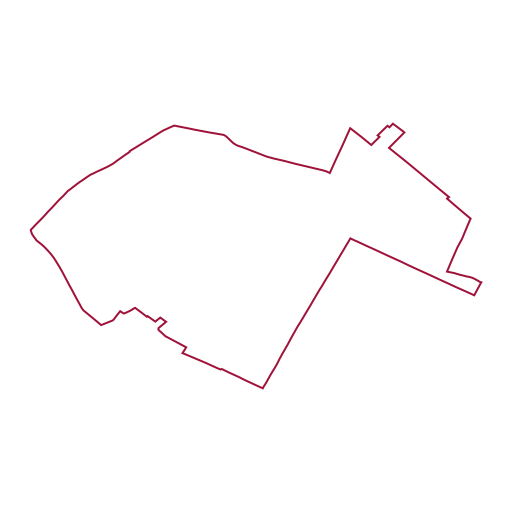 outline of Dumbravita, Timis, Romania
{"feature_id": "2599482B50242835531665", "entity_name": "Dumbravita", "entity_type": "district", "adm_level": 2, "iso_a3": "ROU", "parent_name": "Romania", "parent_adm1": "Timis", "projection": "natural_earth1", "projection_center": [21.239, 45.803], "detail": "fine", "context": "isolated", "style": "outline", "palette": "rose", "viewbox_px": 512, "rotation_deg": 0, "n_neighbors": 0, "source": "geoboundaries", "source_scale": "gbopen_adm2", "svg_char_len": 3319}
<svg xmlns="http://www.w3.org/2000/svg" viewBox="0 0 512 512"><path d="M449.0,197.1L434.2,184.9L406.6,162.0L389.0,147.9L404.4,132.4L401.6,130.2L392.9,123.7L389.5,127.3L387.5,125.8L377.6,135.4L379.5,136.9L371.3,145.0L361.4,136.9L350.2,128.2L347.2,134.8L342.9,144.5L335.9,159.5L329.8,173.0L329.5,172.8L326.1,171.3L322.8,170.3L295.3,163.8L284.6,161.0L273.3,158.4L266.4,156.5L257.2,152.9L246.9,148.9L240.7,146.6L239.5,146.3L237.3,145.5L234.9,144.2L233.0,142.9L226.5,136.7L225.1,135.7L224.3,135.2L223.2,134.8L209.6,132.5L194.7,129.7L190.0,128.7L174.2,125.6L172.3,126.4L169.3,127.7L168.3,128.2L167.1,128.7L166.0,129.3L164.9,129.7L163.6,130.3L161.4,131.6L159.0,133.1L153.1,136.8L145.7,141.3L143.4,142.7L137.6,146.3L131.7,149.9L129.6,151.3L129.5,152.0L124.2,155.6L118.0,160.0L113.5,163.3L112.8,163.8L109.8,165.5L107.4,166.8L105.3,167.8L102.3,169.2L98.6,170.9L96.6,171.8L94.6,172.8L92.6,173.8L91.1,174.4L90.2,174.9L86.5,177.4L83.2,179.7L81.8,180.7L79.6,182.1L76.9,184.1L74.3,186.1L72.2,187.7L70.6,189.0L69.2,190.0L67.8,191.0L63.2,196.0L59.4,199.6L52.3,207.3L48.4,211.3L43.9,216.3L42.4,217.9L35.5,224.9L32.4,228.2L31.0,229.6L30.7,230.0L31.2,231.6L31.6,232.9L31.9,233.6L32.1,234.2L33.5,236.3L34.6,237.8L36.1,239.8L36.4,240.3L39.1,242.5L41.3,244.2L44.1,246.7L45.1,247.7L46.1,248.7L48.4,251.2L50.7,253.8L53.7,257.7L55.6,260.6L58.6,265.5L60.1,268.0L62.3,271.9L65.1,277.2L67.7,282.1L70.1,286.7L70.8,287.8L74.0,293.8L76.6,298.7L80.5,305.8L81.6,307.9L82.7,309.4L83.1,309.9L83.5,310.4L84.4,311.2L88.7,314.7L93.8,318.9L100.7,324.7L101.1,325.1L106.1,323.1L112.3,320.6L112.9,320.3L113.8,319.4L116.5,315.8L120.2,311.2L123.7,313.5L124.8,313.2L127.1,312.2L128.8,311.4L129.7,311.0L131.8,309.8L132.6,309.2L133.4,308.8L134.0,308.3L135.2,307.9L142.0,313.0L146.9,316.8L147.6,316.1L155.3,321.6L157.9,319.5L159.1,318.5L160.3,317.6L163.6,320.0L166.1,321.8L161.9,325.3L158.6,328.0L158.5,328.4L158.4,329.1L158.3,329.4L158.9,330.2L159.2,330.6L160.6,331.8L164.7,335.5L165.7,336.5L166.1,336.5L167.3,337.2L171.2,339.3L174.2,340.9L186.2,347.3L184.3,350.4L182.5,353.1L185.6,354.4L198.4,359.8L201.1,360.9L206.9,363.4L212.3,365.9L217.9,368.4L220.6,369.5L221.8,369.0L229.1,372.6L234.0,374.8L240.3,377.7L241.1,378.2L246.4,380.8L255.5,385.0L262.8,388.3L263.8,386.4L264.9,384.7L266.0,383.0L268.2,379.0L268.9,377.8L269.8,376.1L271.4,373.4L274.4,368.5L277.2,363.7L279.7,358.6L282.4,353.7L286.6,346.4L287.8,344.3L290.6,339.1L292.2,336.1L293.3,334.2L297.4,326.9L298.0,325.9L298.7,324.8L299.5,323.6L301.8,319.8L304.3,315.6L310.0,306.1L313.3,300.4L315.6,296.5L318.1,292.2L320.1,288.9L321.8,286.3L324.6,281.5L327.5,276.8L329.6,273.4L333.4,266.9L337.4,260.3L338.7,258.1L339.4,256.8L343.8,249.5L344.9,247.6L350.4,238.4L354.8,240.5L357.4,241.6L366.6,245.9L374.8,249.6L377.6,250.9L387.7,255.6L396.7,259.7L400.3,261.3L404.6,263.4L409.4,265.7L417.9,269.6L428.7,274.5L437.3,278.5L445.4,282.2L450.2,284.4L456.4,287.3L460.3,289.0L464.8,291.0L472.1,294.3L474.2,295.3L480.5,283.7L481.3,282.3L480.1,282.0L475.8,279.5L473.2,278.2L471.4,277.5L469.1,276.9L467.3,276.6L463.0,275.5L460.7,275.0L455.2,273.4L454.8,273.2L447.0,271.6L452.4,258.8L453.7,255.9L455.3,252.2L457.3,247.6L460.7,241.3L461.9,239.1L462.8,237.1L464.4,233.1L466.3,228.6L467.1,226.6L470.6,218.6L464.1,213.2L454.1,204.7L449.6,200.8L447.0,198.6L447.1,198.4L449.0,197.1Z" fill="none" stroke="#9f1239" stroke-width="2"/></svg>